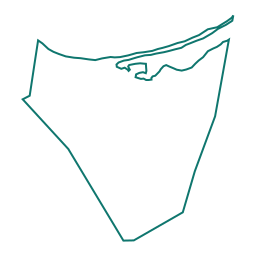 outline of Rummana, Shamal Sina', Egypt
{"feature_id": "37247803B2824633862511", "entity_name": "Rummana", "entity_type": "district", "adm_level": 2, "iso_a3": "EGY", "parent_name": "Egypt", "parent_adm1": "Shamal Sina'", "projection": "albers", "projection_center": [32.731, 30.963], "detail": "fine", "context": "isolated", "style": "outline", "palette": "teal", "viewbox_px": 256, "rotation_deg": 0, "n_neighbors": 0, "source": "geoboundaries", "source_scale": "gbopen_adm2", "svg_char_len": 1373}
<svg xmlns="http://www.w3.org/2000/svg" viewBox="0 0 256 256"><path d="M228.9,39.6L227.2,40.7L223.0,42.0L220.7,44.4L216.9,46.9L213.2,48.5L207.9,51.2L203.1,57.2L198.7,60.5L195.4,63.6L191.7,67.5L186.3,69.5L181.7,70.6L176.7,69.7L173.8,68.4L169.7,66.7L166.2,65.1L163.5,66.2L160.7,69.3L159.5,71.4L155.3,75.7L152.6,76.4L151.4,78.0L151.5,79.6L148.5,80.0L146.1,80.0L143.6,78.6L141.0,78.9L138.0,78.0L135.6,77.2L136.1,74.4L139.3,72.9L143.0,72.2L145.8,73.2L146.4,70.9L146.1,67.3L145.9,63.8L143.3,63.6L140.2,63.3L135.4,63.8L132.8,64.3L129.2,65.0L128.2,66.4L129.0,68.3L129.8,69.7L128.6,70.9L127.6,69.6L124.7,67.7L121.3,68.8L116.8,66.8L116.5,64.5L118.6,62.5L123.8,60.6L128.6,59.9L133.1,58.5L137.1,57.3L145.0,55.3L150.8,54.9L156.0,53.6L163.9,52.2L168.9,51.0L175.2,49.3L181.4,47.8L185.9,44.9L190.1,43.3L196.6,40.7L203.2,38.4L212.1,33.2L217.9,28.9L226.0,24.8L232.3,20.7L233.3,15.4L231.8,17.7L227.1,21.1L222.2,24.1L217.3,27.2L207.8,29.3L199.0,35.1L192.4,37.7L184.7,41.3L177.6,43.0L168.8,46.1L162.5,47.9L157.9,49.0L152.3,50.9L144.0,52.2L136.6,53.0L132.8,54.1L128.2,55.4L120.0,57.1L114.7,57.4L110.6,57.0L102.1,58.4L95.3,60.1L88.8,59.4L80.6,58.2L74.0,57.7L65.8,56.4L58.9,54.0L53.4,51.8L48.4,49.0L42.4,43.4L38.1,40.4L34.6,63.2L29.7,95.7L22.7,99.3L68.5,149.2L68.6,149.5L123.4,240.6L133.8,240.4L182.8,212.3L194.8,171.3L215.1,116.3L228.9,39.6Z" fill="none" stroke="#0f766e" stroke-width="2"/></svg>